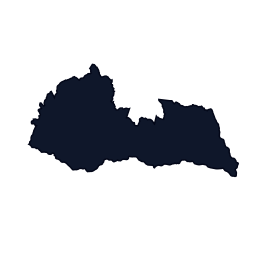 outline of Novo Acordo, Tocantins, Brazil, rotated 168°
{"feature_id": "56859067B81404235342349", "entity_name": "Novo Acordo", "entity_type": "district", "adm_level": 2, "iso_a3": "BRA", "parent_name": "Brazil", "parent_adm1": "Tocantins", "projection": "robinson", "projection_center": [-47.429, -10.16], "detail": "fine", "context": "isolated", "style": "filled", "palette": "ink", "viewbox_px": 256, "rotation_deg": 168, "n_neighbors": 0, "source": "geoboundaries", "source_scale": "gbopen_adm2", "svg_char_len": 5841}
<svg xmlns="http://www.w3.org/2000/svg" viewBox="0 0 256 256"><g transform="rotate(168 128 128)"><path d="M36.7,93.0L37.0,94.0L36.8,95.2L36.9,96.2L37.3,97.0L38.8,97.9L40.1,99.3L40.3,100.2L40.4,101.0L39.7,103.6L39.3,104.4L39.2,105.2L39.3,107.2L38.8,108.9L39.0,111.4L38.8,112.3L39.1,113.4L40.1,115.0L40.3,116.8L41.0,118.9L41.3,121.4L41.8,124.6L42.0,125.5L41.9,126.3L42.2,128.2L42.7,129.1L43.6,129.5L44.3,129.2L45.4,129.3L46.4,129.0L47.0,128.5L47.5,129.2L49.4,129.9L49.3,130.8L49.4,131.5L50.9,132.2L51.0,133.2L51.5,134.0L53.0,133.8L53.7,134.1L55.0,134.0L55.5,134.8L56.7,135.7L57.4,136.0L58.3,136.1L59.3,137.1L60.0,137.3L60.5,136.5L61.2,136.3L62.2,136.6L65.8,136.3L66.4,136.7L68.0,136.7L68.8,137.2L70.1,138.4L71.7,139.0L72.5,139.9L72.8,141.0L73.5,141.4L74.1,142.2L75.4,143.2L76.1,143.2L77.7,142.1L78.3,142.7L78.6,143.7L79.0,144.3L79.1,145.1L79.7,145.6L81.3,145.9L91.9,149.5L92.0,148.5L91.4,147.3L90.0,145.3L89.5,144.3L89.6,142.9L89.9,141.9L89.5,141.3L89.5,140.4L89.0,138.9L89.3,137.2L89.6,136.4L89.6,135.5L89.1,134.8L88.9,134.1L89.4,133.3L89.9,132.9L90.2,131.4L90.9,130.4L91.4,129.1L93.1,129.5L93.8,130.0L95.3,130.7L96.2,132.1L96.9,132.3L97.4,132.8L97.8,133.7L101.3,126.4L101.9,127.1L102.1,128.5L102.6,129.1L102.8,129.9L103.4,130.8L104.2,131.5L104.8,131.9L105.7,131.9L106.4,132.2L107.2,132.0L107.9,133.0L109.0,134.0L109.8,133.7L110.9,134.0L111.4,134.8L112.3,135.4L114.6,134.5L115.0,133.6L115.0,132.1L115.7,131.4L116.0,130.7L117.0,129.6L117.4,128.6L118.3,128.1L120.6,129.0L121.1,129.7L120.8,130.7L120.8,131.9L121.7,132.2L122.3,132.2L122.9,133.4L123.4,134.3L123.7,135.7L124.4,136.6L125.3,137.7L126.0,138.2L126.8,138.4L127.8,137.7L122.5,146.7L123.8,146.6L125.1,147.5L125.9,147.7L128.8,147.4L129.4,148.7L131.1,149.0L131.9,149.0L134.3,147.7L135.3,147.8L135.8,148.2L135.9,149.0L137.0,150.3L136.5,151.1L136.2,151.8L136.6,152.8L136.6,154.0L137.2,154.8L137.3,155.9L136.9,156.7L137.5,156.7L138.3,156.3L138.6,157.0L139.2,157.5L138.4,158.3L137.4,158.6L136.8,160.3L137.0,161.3L136.8,162.2L135.8,162.4L135.2,163.3L135.0,164.0L134.7,164.7L134.6,165.8L133.8,166.6L134.7,167.0L134.3,167.6L134.3,168.7L133.7,169.4L134.3,170.4L135.0,171.0L134.3,172.7L134.3,173.6L135.2,174.1L135.1,175.1L135.2,175.9L134.3,176.1L133.8,177.2L133.7,178.4L134.8,178.1L136.7,181.0L136.9,181.9L138.6,183.3L139.6,183.5L140.5,183.5L141.3,183.3L142.1,183.3L142.9,183.0L144.0,184.1L144.2,185.1L144.9,186.8L144.6,188.0L144.9,189.1L144.8,190.5L145.8,193.9L146.8,194.2L146.8,195.1L147.8,196.9L149.6,197.6L153.0,194.1L152.4,193.4L152.4,192.0L152.7,190.9L152.7,189.4L153.8,188.9L154.4,189.2L155.8,189.4L156.7,188.7L158.7,188.3L159.5,187.9L160.9,186.4L161.5,186.2L163.2,186.4L164.3,186.3L165.5,184.9L166.1,185.2L167.8,187.5L168.6,188.3L169.4,188.5L169.7,189.3L171.3,189.2L171.7,188.6L174.5,188.2L175.2,187.8L177.0,187.7L178.0,187.3L178.9,187.8L180.7,187.3L183.5,186.7L185.1,185.9L185.9,185.0L188.1,183.8L188.7,182.9L189.2,180.6L190.1,179.1L189.9,178.4L190.1,177.0L191.9,175.8L193.3,173.9L193.7,173.1L195.5,179.7L196.3,179.5L196.7,178.9L197.4,178.2L199.7,177.7L201.0,175.1L201.6,174.4L201.7,173.3L203.2,172.6L203.8,172.0L204.1,171.2L204.7,170.1L204.9,169.2L204.7,167.7L205.4,167.1L206.1,167.2L208.0,170.6L208.8,170.6L209.6,168.8L209.5,167.8L208.9,166.6L208.6,165.1L210.9,164.8L211.6,164.6L211.1,163.3L212.0,163.3L211.4,161.9L211.1,160.3L211.0,159.1L211.5,158.4L212.6,158.3L212.5,156.3L213.1,155.5L214.3,154.9L215.6,155.3L216.6,156.0L218.7,156.3L218.8,155.1L219.5,154.7L220.2,154.9L221.0,154.4L221.4,153.1L221.1,152.1L220.3,151.9L219.5,151.9L218.5,151.2L218.2,149.7L217.1,149.2L218.3,148.1L220.7,144.9L221.0,144.1L221.9,142.6L222.4,141.3L223.7,140.5L224.5,139.3L224.8,138.6L225.2,136.6L225.8,135.6L227.0,134.8L227.4,133.3L228.4,132.7L227.5,132.0L226.7,131.1L225.9,129.0L222.6,128.1L222.0,127.0L221.2,127.2L220.3,126.5L219.6,125.7L219.2,124.7L218.5,124.1L217.7,122.4L216.8,122.2L214.8,121.9L212.6,121.1L211.9,120.6L211.3,119.2L210.3,118.7L209.3,118.4L208.3,118.5L207.2,119.3L205.6,118.4L205.4,117.6L205.8,116.7L205.4,116.1L204.9,115.7L204.6,114.9L205.0,113.7L204.4,112.9L202.6,112.0L201.8,111.3L201.1,110.5L200.5,109.1L199.7,108.4L198.7,108.1L197.7,108.0L196.7,107.4L195.4,106.1L194.6,104.7L192.2,101.4L191.7,100.2L190.6,98.6L189.8,98.4L188.3,98.4L187.5,98.0L185.6,98.0L183.5,98.6L181.4,98.0L180.8,97.5L180.1,97.4L178.6,97.4L178.1,96.8L177.7,95.4L177.4,94.7L176.3,93.6L175.5,94.0L174.9,93.5L174.1,93.6L173.3,93.2L171.6,93.2L170.2,93.6L169.0,94.2L168.1,94.3L166.5,95.1L164.5,97.3L163.1,97.8L161.6,97.8L160.5,98.2L160.0,99.1L159.0,99.8L158.3,101.5L157.1,102.1L155.2,102.2L154.1,101.7L153.5,100.9L152.5,100.5L151.3,100.4L150.1,99.7L149.8,98.8L148.8,97.9L146.1,98.4L144.8,98.8L144.1,98.1L142.0,97.5L141.1,98.0L140.3,98.4L138.6,98.4L136.0,97.5L134.9,97.5L134.0,98.2L133.5,99.5L132.8,100.1L131.3,99.4L129.6,98.9L128.5,98.8L126.0,98.2L125.2,97.4L123.9,94.4L122.8,93.6L121.8,92.6L119.2,91.6L118.0,89.3L116.2,87.7L111.8,86.5L111.0,85.9L110.9,84.8L110.9,84.0L110.3,83.6L109.3,84.6L107.3,85.3L105.6,85.3L103.6,84.3L102.7,84.2L100.0,85.2L98.1,84.7L95.2,83.4L94.2,83.3L91.5,83.8L90.6,83.5L89.4,83.9L88.2,83.1L86.7,83.2L85.8,82.7L85.0,82.9L83.5,84.7L82.0,85.4L81.1,85.4L80.5,85.2L78.7,85.0L77.8,84.1L77.0,83.0L76.1,83.0L75.3,82.5L73.3,82.0L72.5,82.3L71.7,81.9L71.1,81.3L70.4,79.5L69.6,78.8L68.8,78.7L68.2,78.1L66.1,77.3L62.5,77.1L59.7,75.9L58.7,75.2L58.2,73.8L57.6,73.2L55.7,72.1L50.4,69.9L48.8,69.5L45.1,69.0L43.8,69.1L43.0,68.5L42.0,66.3L41.3,65.7L40.1,65.0L39.1,63.9L38.3,62.7L37.2,60.2L36.7,59.7L35.4,59.1L34.5,59.0L33.4,58.4L32.2,58.6L31.3,61.6L31.3,62.5L31.8,64.7L31.4,65.6L30.8,66.0L30.0,66.3L29.4,66.9L28.8,68.5L27.6,70.1L27.8,71.1L28.8,71.6L29.4,72.5L29.3,73.5L30.0,75.4L30.8,76.3L31.9,76.6L32.7,77.1L33.3,77.8L33.8,79.3L34.0,80.3L33.8,81.3L34.1,83.2L33.6,85.3L33.6,86.2L33.9,87.1L34.6,87.8L35.1,88.4L35.9,88.8L36.4,89.6L36.7,91.3L36.7,93.0Z" fill="#0f172a" stroke="#020617" stroke-width="1.5"/></g></svg>